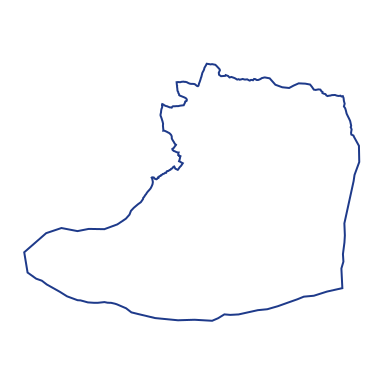 outline of Ogbomosho North, Oyo, Nigeria, rotated 91°
{"feature_id": "59680162B8886032648131", "entity_name": "Ogbomosho North", "entity_type": "district", "adm_level": 2, "iso_a3": "NGA", "parent_name": "Nigeria", "parent_adm1": "Oyo", "projection": "robinson", "projection_center": [4.232, 8.135], "detail": "fine", "context": "isolated", "style": "outline", "palette": "blue", "viewbox_px": 384, "rotation_deg": 91, "n_neighbors": 0, "source": "geoboundaries", "source_scale": "gbopen_adm2", "svg_char_len": 5501}
<svg xmlns="http://www.w3.org/2000/svg" viewBox="0 0 384 384"><g transform="rotate(91 192 192)"><path d="M232.8,38.4L220.7,39.1L178.3,30.6L172.1,29.8L159.1,25.3L142.9,25.9L134.2,30.9L132.7,31.6L131.8,33.7L130.1,34.0L127.7,33.7L127.0,33.5L125.5,33.9L124.4,34.5L123.1,34.0L120.9,34.5L118.3,35.1L115.8,36.3L113.5,37.5L110.9,38.8L108.1,39.5L105.6,40.3L103.8,41.6L101.1,40.9L98.3,41.7L95.4,42.1L93.5,42.9L93.9,44.3L93.1,45.2L93.4,46.7L93.4,47.4L93.1,49.0L92.5,50.7L92.7,53.9L93.2,55.4L93.3,56.6L93.7,58.2L93.1,59.3L91.8,60.3L91.4,61.9L90.8,63.3L89.6,63.3L89.1,64.3L87.4,65.4L87.2,67.5L87.8,70.1L87.5,72.0L84.8,73.9L82.5,75.8L81.7,80.6L81.5,87.2L83.8,92.2L86.3,96.7L85.7,103.6L83.3,110.5L77.0,116.3L76.2,121.0L76.2,121.6L77.0,124.4L77.8,125.4L78.8,127.6L78.9,128.8L78.8,129.6L78.1,130.4L77.9,131.9L79.2,133.0L78.9,134.0L78.9,135.1L79.6,136.1L79.5,136.6L78.4,138.8L78.6,140.4L78.6,141.5L78.1,143.3L78.5,144.6L78.9,146.3L78.4,147.3L78.8,148.8L77.6,150.9L77.1,152.1L76.3,154.6L76.8,156.5L75.4,157.9L74.5,160.4L75.3,160.9L75.7,165.0L74.3,167.0L72.3,167.3L69.7,166.2L68.6,166.7L66.2,169.0L65.1,170.1L64.4,170.9L63.8,174.2L64.1,175.6L63.9,176.6L63.5,179.5L65.5,180.5L66.4,181.0L67.2,181.5L67.9,181.8L69.0,182.0L70.1,182.4L70.9,182.8L71.8,183.3L72.7,183.7L73.3,183.9L74.1,184.0L75.1,184.3L76.0,184.5L76.7,184.6L77.2,184.9L77.9,185.1L79.1,185.4L80.4,185.8L81.4,186.1L82.2,186.4L83.0,186.7L83.9,187.0L85.0,187.2L85.6,187.4L86.1,188.0L85.8,189.0L84.9,190.1L84.2,191.0L83.9,192.1L83.9,194.1L83.9,194.8L83.7,196.1L83.2,197.4L82.8,198.2L82.5,198.7L82.3,199.2L82.2,199.6L82.0,200.5L82.0,201.6L81.8,202.3L81.9,202.7L81.9,203.3L81.9,203.7L82.1,204.6L82.4,205.6L82.4,206.7L82.3,207.8L82.5,209.3L84.2,209.1L85.3,209.0L86.0,208.7L87.0,208.8L88.7,208.5L89.8,208.4L90.7,208.3L91.2,208.2L92.1,207.6L93.2,207.4L94.5,206.6L95.4,206.5L95.8,205.9L96.2,204.8L96.7,203.5L97.0,202.7L97.5,201.4L98.2,200.0L98.6,199.5L98.9,199.2L99.4,199.0L99.7,198.8L100.2,198.8L100.8,198.9L101.1,199.1L101.3,199.6L101.3,199.9L101.4,200.0L101.5,200.2L101.7,200.4L101.9,200.4L102.0,200.3L102.4,200.4L102.8,200.6L105.4,201.8L105.9,205.4L106.4,207.3L106.4,209.2L106.6,210.6L106.6,212.1L106.8,212.9L107.4,213.4L107.6,213.6L108.0,213.8L107.8,214.5L107.8,215.3L107.7,216.0L107.4,216.6L107.1,217.5L106.7,218.4L106.6,219.2L106.3,220.0L105.8,221.2L105.1,222.0L104.6,223.3L104.8,223.4L105.2,223.5L106.3,223.5L106.9,223.2L107.2,223.2L108.4,223.5L109.3,223.9L110.8,224.2L111.8,224.3L113.1,224.4L114.0,224.6L115.0,224.8L116.0,224.8L116.4,224.7L117.1,224.4L117.8,224.1L118.4,223.9L119.5,223.5L120.5,223.2L121.3,222.9L122.3,222.6L122.8,222.5L123.8,222.2L124.6,222.1L125.4,222.2L126.6,222.2L127.1,222.1L128.1,222.0L129.0,221.9L129.6,221.8L130.8,221.7L131.2,221.8L131.2,220.8L131.5,219.9L131.9,219.0L132.0,218.8L132.3,218.1L132.4,217.9L132.9,217.0L133.4,215.9L134.0,215.1L134.7,214.5L134.9,214.2L135.3,213.9L135.9,213.6L136.6,213.3L137.2,213.2L137.4,213.2L138.0,213.2L139.0,213.1L139.5,212.8L140.6,212.2L140.9,212.0L141.5,211.6L142.5,210.9L143.5,210.4L144.3,209.8L144.8,209.2L145.1,208.8L145.5,209.0L146.2,209.6L146.8,210.1L147.4,210.4L148.0,210.8L148.3,211.2L148.7,211.4L149.0,211.9L149.1,212.2L149.2,212.4L149.5,212.4L149.9,212.3L150.2,212.2L150.5,211.9L151.0,211.3L151.3,210.9L151.6,209.9L152.3,208.4L152.5,207.8L152.7,207.0L152.8,206.6L152.8,206.1L153.4,206.3L154.2,206.4L155.0,206.4L155.4,206.4L155.5,206.0L155.7,205.8L155.7,205.6L155.8,205.6L156.1,205.6L156.1,205.2L156.1,204.9L156.2,204.6L156.4,204.2L156.7,204.4L156.9,204.5L157.2,204.6L157.6,204.5L158.0,204.5L158.5,204.7L159.0,204.8L159.5,204.9L160.0,205.0L160.4,205.1L160.8,205.3L161.2,205.4L161.5,205.5L161.8,204.8L162.0,204.2L162.4,203.7L163.1,202.3L163.4,201.7L165.9,203.3L167.5,204.8L169.2,205.9L170.1,206.6L169.5,207.9L169.0,209.0L168.4,209.4L166.8,210.2L167.1,211.0L168.4,211.9L168.6,212.1L168.8,212.3L168.9,212.6L169.0,212.9L169.2,213.2L169.4,213.3L169.5,213.5L169.8,213.7L170.0,213.8L170.2,214.1L170.3,214.4L170.3,214.6L170.5,214.8L170.6,215.0L171.4,216.1L171.5,217.1L171.9,217.7L173.2,218.1L173.3,219.2L173.5,219.3L173.6,219.5L173.9,219.9L174.1,220.2L174.2,220.5L174.3,220.7L174.4,221.0L174.5,221.5L174.8,221.7L175.0,221.9L175.1,222.1L175.2,222.3L175.4,222.6L175.5,222.8L175.6,223.1L175.7,223.3L175.9,223.4L176.1,223.5L176.2,223.4L176.3,223.5L176.6,224.0L176.7,224.5L176.8,224.8L177.0,225.1L177.3,225.3L177.5,225.4L177.9,225.5L178.1,225.5L178.4,225.7L178.3,225.9L178.2,226.1L178.1,226.3L178.3,226.4L178.4,226.5L178.7,226.6L179.0,226.8L179.3,227.0L179.5,227.2L179.7,227.4L179.9,227.7L179.9,228.0L179.8,228.3L179.5,228.7L179.5,229.2L179.1,229.8L178.2,230.4L178.0,231.5L178.1,232.3L178.4,232.6L178.9,232.2L180.4,231.8L182.7,231.3L184.9,231.6L187.2,232.5L189.2,233.5L190.9,234.9L192.6,236.4L194.2,237.5L195.0,237.9L195.3,238.2L195.9,238.7L197.6,239.7L198.8,240.7L199.8,240.8L200.9,241.5L203.1,243.0L205.2,245.8L208.8,249.9L211.9,252.7L215.7,254.1L219.8,257.6L225.7,266.1L230.7,279.0L230.7,294.6L233.1,305.8L230.3,321.9L235.7,337.1L255.2,358.7L275.4,355.0L281.4,346.3L283.3,340.6L287.0,335.6L294.1,322.4L298.5,315.1L302.2,304.5L302.3,301.7L303.1,298.4L304.2,294.2L304.5,288.0L304.4,284.0L303.6,277.6L304.2,274.3L304.2,271.1L305.0,267.2L305.6,265.2L309.4,255.9L313.4,250.5L315.0,243.5L318.7,226.6L320.5,203.8L319.7,187.3L320.4,169.6L317.8,163.8L313.8,157.5L314.2,151.6L313.6,143.3L309.0,124.1L307.9,114.7L304.7,104.2L300.9,94.1L297.4,84.7L294.7,78.4L293.6,68.4L292.7,65.7L289.2,55.3L285.5,40.0L265.9,41.3L259.0,39.4L251.5,40.0L239.8,38.7L232.8,38.4Z" fill="none" stroke="#1e3a8a" stroke-width="2"/></g></svg>